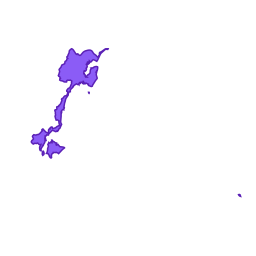 map outline of Puntarenas (Albers equal-area conic projection), rotated 259°
{"feature_id": "CRI-1330", "entity_name": "Puntarenas", "entity_type": "Province", "adm_level": 1, "iso_a3": "CRI", "parent_name": "Costa Rica", "parent_adm1": "", "projection": "albers", "projection_center": [-84.164, 7.924], "detail": "fine", "context": "isolated", "style": "filled", "palette": "violet", "viewbox_px": 256, "rotation_deg": 259, "n_neighbors": 0, "source": "natural_earth", "source_scale": "10m", "svg_char_len": 5734}
<svg xmlns="http://www.w3.org/2000/svg" viewBox="0 0 256 256"><g transform="rotate(259 128 128)"><path d="M207.8,81.6L207.8,82.0L209.0,81.5L209.4,81.5L209.6,81.7L210.1,82.6L211.2,83.1L213.1,84.5L214.9,85.1L215.4,85.5L216.6,87.6L216.1,88.5L214.9,89.3L210.7,91.0L210.3,91.3L209.9,91.9L210.4,92.2L210.4,92.8L210.0,93.2L208.8,94.0L208.5,94.3L208.4,94.9L208.6,95.5L210.9,98.4L211.4,99.4L211.8,100.7L212.0,103.5L211.9,104.9L211.5,106.1L210.6,107.2L209.6,107.7L208.5,108.1L207.3,108.7L205.5,110.4L203.4,111.7L203.3,112.2L203.7,112.6L204.8,113.3L205.6,114.3L206.4,114.1L206.7,114.1L207.4,114.5L207.7,114.9L207.9,116.2L210.0,120.9L209.8,122.7L209.6,123.6L209.0,123.2L209.1,122.6L209.6,121.2L209.5,120.8L206.7,116.0L205.8,115.0L200.8,111.4L199.4,110.1L200.6,108.6L200.8,108.5L201.7,106.9L201.5,106.3L200.1,104.6L199.9,104.2L199.9,103.6L201.3,102.8L200.8,102.6L199.7,102.7L199.1,102.5L198.8,102.2L198.0,100.6L198.3,100.0L198.5,100.0L199.1,101.0L199.1,101.5L199.3,101.6L200.5,101.1L200.5,100.8L199.3,100.2L198.5,99.2L198.3,99.2L198.0,99.7L196.4,99.6L195.8,99.7L195.0,98.6L194.5,98.3L193.9,98.6L192.6,97.9L192.2,97.3L192.5,96.4L191.9,96.4L192.1,95.7L191.5,95.4L190.0,95.0L189.8,95.5L189.3,95.3L188.9,95.3L188.5,96.0L188.0,96.1L186.6,95.9L186.1,96.1L185.9,97.0L186.2,96.7L186.4,96.7L187.9,98.8L188.0,99.5L189.2,101.2L189.7,101.4L191.8,102.0L192.4,102.3L193.4,103.4L193.9,103.1L193.9,104.1L193.8,104.5L193.6,104.7L193.6,105.0L194.2,105.9L194.5,107.3L194.4,108.8L193.9,109.8L193.0,109.8L191.5,109.3L190.2,108.7L189.5,108.1L190.6,108.4L189.8,108.0L189.2,107.5L189.2,108.1L186.9,107.1L186.1,107.0L182.9,107.3L182.3,107.0L180.8,105.2L177.3,101.9L177.1,101.6L175.9,101.0L175.7,99.8L177.2,97.5L178.3,97.0L178.6,97.4L178.9,97.1L180.1,95.3L179.6,94.7L180.2,93.9L181.3,93.3L182.3,93.1L182.3,92.8L181.0,92.8L180.3,93.5L179.8,93.7L179.6,93.3L179.8,92.7L180.4,92.0L181.8,91.2L182.0,90.7L181.8,90.3L180.8,89.6L180.7,88.9L181.5,89.3L182.3,89.5L180.8,88.2L180.1,88.1L180.6,87.8L180.5,87.6L180.1,87.3L180.3,86.8L181.2,85.8L179.9,82.7L179.3,82.0L179.0,82.2L178.1,81.1L177.3,79.7L176.2,78.6L174.6,78.3L174.7,77.3L173.8,76.4L172.6,75.8L171.7,75.6L168.6,72.5L165.5,71.1L165.0,70.7L161.1,69.2L160.4,69.4L160.1,68.9L159.5,69.1L158.8,68.5L158.1,68.4L158.6,67.6L158.0,66.6L157.0,65.6L156.0,65.3L156.0,65.6L156.5,65.7L157.1,66.1L156.0,65.9L154.4,65.0L152.3,64.6L147.0,63.1L145.9,63.1L144.4,63.4L143.9,63.3L143.4,62.9L143.1,62.1L142.5,61.9L142.8,62.5L140.6,61.0L140.2,59.9L139.0,59.2L138.8,58.0L138.2,58.1L138.3,57.6L138.2,56.4L138.4,55.9L139.1,55.2L139.4,54.6L139.9,53.8L140.0,53.2L139.9,52.7L139.0,51.6L137.4,49.2L136.9,48.9L136.3,48.6L136.3,48.0L136.9,47.0L135.9,46.2L135.8,45.8L136.0,45.2L134.8,44.9L131.3,45.2L131.3,44.9L131.8,44.7L133.8,44.7L133.8,44.4L131.4,44.1L130.3,43.8L129.4,43.3L128.0,42.0L127.2,41.6L126.9,41.3L127.1,41.1L126.4,40.7L124.8,39.2L123.9,38.7L123.5,38.4L123.2,38.3L122.6,38.5L122.3,38.3L122.6,37.6L123.4,37.3L124.6,37.3L125.2,37.6L126.0,37.5L126.6,37.9L127.8,39.1L128.5,39.4L128.4,38.5L128.5,37.9L129.4,37.1L130.4,36.6L130.5,36.4L130.5,35.9L130.2,35.3L130.5,34.5L130.8,33.1L130.7,32.8L130.3,32.4L130.3,32.0L130.7,31.5L132.2,30.5L133.1,30.5L133.9,31.1L134.8,32.5L135.3,33.1L136.7,32.9L137.7,32.6L138.0,32.6L138.7,33.1L138.9,33.7L139.4,34.2L139.3,34.5L138.8,35.6L138.6,36.5L138.9,37.5L138.7,38.6L138.9,39.3L139.6,40.6L141.2,42.7L141.6,43.4L142.1,43.3L142.5,43.0L142.8,43.2L143.3,44.0L143.3,44.3L143.1,44.5L142.3,44.9L140.3,46.2L139.9,46.3L138.8,47.8L138.4,48.0L138.3,48.6L138.7,48.9L139.6,49.3L141.2,49.6L141.6,49.9L142.5,51.0L142.1,51.3L143.1,51.9L143.6,52.7L143.6,53.1L143.4,53.7L143.0,53.8L141.9,53.8L141.7,54.0L142.0,55.9L142.0,56.8L143.0,58.6L143.4,60.3L144.1,61.3L144.7,61.4L145.9,61.2L146.4,61.4L147.2,61.2L147.8,61.7L148.2,61.7L148.4,61.5L148.7,61.0L149.5,60.2L149.4,59.0L151.3,58.7L153.6,58.6L154.3,59.3L154.7,59.4L156.1,59.4L156.6,59.6L157.2,59.7L159.0,59.5L159.5,59.6L159.8,60.2L159.7,61.1L159.8,61.4L160.2,61.8L160.5,61.9L161.6,61.9L162.3,62.1L162.5,63.0L162.3,63.8L162.4,64.0L163.3,64.4L164.0,65.7L164.9,66.6L167.5,68.3L168.1,68.5L168.4,68.3L168.8,68.2L169.2,68.4L169.6,69.1L169.8,70.0L171.1,71.3L171.5,71.9L171.5,73.0L171.7,73.8L172.2,74.5L172.5,74.8L174.8,75.8L175.0,75.7L175.5,75.1L175.7,74.9L176.2,74.9L176.7,75.1L178.2,76.8L178.6,78.3L179.1,78.9L182.8,81.3L183.8,81.2L184.5,81.7L184.8,81.8L186.0,80.6L186.1,80.3L186.0,79.3L186.5,78.1L186.4,77.4L186.1,76.9L185.7,76.9L185.4,76.7L185.0,76.6L184.9,76.4L185.4,74.2L186.6,72.8L187.3,71.0L188.1,70.1L189.3,70.5L189.5,70.6L189.6,71.2L189.8,71.2L190.3,70.9L191.4,70.7L192.0,69.9L192.7,69.6L193.1,69.8L193.9,70.4L195.0,70.9L196.2,71.6L196.7,71.7L198.3,71.5L198.7,71.6L200.6,73.9L202.4,75.0L203.2,78.1L205.3,78.9L205.9,80.3L206.6,80.9L207.3,81.1L207.8,81.6ZM118.6,43.1L119.5,43.9L122.3,45.1L122.5,45.0L123.2,45.2L124.7,46.1L125.4,46.4L126.2,46.4L126.9,46.1L128.9,47.5L128.1,47.9L128.1,48.5L129.1,49.7L128.5,50.0L128.0,50.5L128.6,50.8L129.3,50.9L130.7,50.8L130.7,51.1L128.8,52.2L128.4,53.1L127.5,53.6L126.9,55.0L125.7,54.3L125.0,54.3L124.7,54.8L125.5,55.9L125.4,56.1L123.9,56.8L123.7,57.0L122.8,57.5L122.6,57.8L121.7,60.6L120.9,61.9L120.6,61.9L119.4,59.6L116.1,55.0L116.6,54.7L116.9,54.2L117.2,53.9L117.5,53.2L117.9,52.8L117.7,52.2L118.3,49.9L117.5,49.6L117.2,48.6L116.6,48.0L115.9,47.7L115.2,47.6L114.9,47.4L113.7,47.4L113.4,47.1L113.2,46.7L113.7,46.1L114.7,45.6L115.4,45.4L115.7,45.7L117.1,44.9L118.0,44.7L118.2,44.4L118.6,43.1ZM119.5,39.7L121.0,40.2L121.4,40.2L121.4,40.5L120.3,40.8L119.0,40.8L118.3,40.5L117.9,40.1L117.4,39.1L118.5,38.8L120.9,39.4L120.9,39.7L119.5,39.7ZM41.0,225.3L39.4,225.5L39.9,224.6L41.0,223.9L41.5,223.8L41.5,224.7L41.0,225.3ZM169.5,96.4L170.0,96.1L170.6,96.1L170.5,96.6L170.2,96.7L169.7,96.6L169.5,96.4Z" fill="#8b5cf6" stroke="#5b21b6" stroke-width="1.5"/></g></svg>